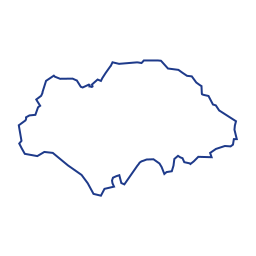 Kajola, Oyo, Nigeria (Albers equal-area conic projection), rotated 273°
{"feature_id": "59680162B64506251287847", "entity_name": "Kajola", "entity_type": "district", "adm_level": 2, "iso_a3": "NGA", "parent_name": "Nigeria", "parent_adm1": "Oyo", "projection": "albers", "projection_center": [3.358, 8.018], "detail": "fine", "context": "isolated", "style": "outline", "palette": "blue", "viewbox_px": 256, "rotation_deg": 273, "n_neighbors": 0, "source": "geoboundaries", "source_scale": "gbopen_adm2", "svg_char_len": 1524}
<svg xmlns="http://www.w3.org/2000/svg" viewBox="0 0 256 256"><g transform="rotate(273 128 128)"><path d="M131.9,234.4L136.1,234.6L140.4,235.5L150.3,218.1L155.2,214.5L155.9,211.6L164.2,206.7L165.0,202.0L165.4,200.5L165.7,200.1L166.5,199.9L173.7,199.2L174.6,197.5L177.0,193.8L182.9,189.0L183.2,184.2L186.0,179.5L188.7,175.3L188.9,172.7L189.5,164.8L196.6,157.7L196.9,157.3L197.0,154.3L196.3,140.3L194.9,139.2L193.6,138.1L194.0,134.5L193.9,132.6L191.6,115.7L192.8,109.1L189.0,107.5L188.9,107.3L181.8,102.8L176.4,99.7L173.6,98.5L174.8,95.1L169.6,89.8L167.6,90.4L167.1,89.7L167.5,87.8L167.5,87.3L168.9,87.4L169.3,86.7L166.1,80.6L166.7,78.7L172.8,74.4L173.2,73.1L173.3,72.9L174.4,70.1L173.6,57.6L175.4,52.3L176.4,51.2L170.8,43.7L159.2,40.7L158.7,40.8L155.6,39.6L151.7,34.9L150.7,35.5L145.6,39.1L144.0,37.1L136.3,34.8L135.4,28.9L133.3,25.6L131.8,25.8L130.2,25.2L125.0,18.8L122.3,19.4L109.6,22.3L106.8,20.2L102.0,23.0L96.8,26.3L95.2,38.9L99.7,45.7L99.2,54.2L87.5,70.0L78.7,84.1L70.7,90.7L60.4,97.0L59.0,104.5L66.0,107.7L68.7,117.1L72.0,115.4L74.7,114.8L77.6,115.6L79.3,118.9L80.4,121.8L72.7,124.2L72.2,125.5L71.5,127.3L90.8,139.3L92.6,140.6L94.0,141.4L95.4,143.2L96.3,145.5L97.5,148.2L98.1,155.1L94.2,161.3L90.8,163.6L84.0,166.7L86.0,168.8L87.1,174.0L92.8,175.4L99.5,175.9L102.8,179.4L101.4,181.8L100.7,184.0L96.8,186.0L95.9,191.6L95.3,192.2L98.1,195.4L102.9,199.7L103.2,213.0L107.4,211.3L111.7,216.9L115.1,225.7L115.0,231.4L116.9,233.7L122.4,234.3L122.6,237.2L131.9,234.4Z" fill="none" stroke="#1e3a8a" stroke-width="2"/></g></svg>